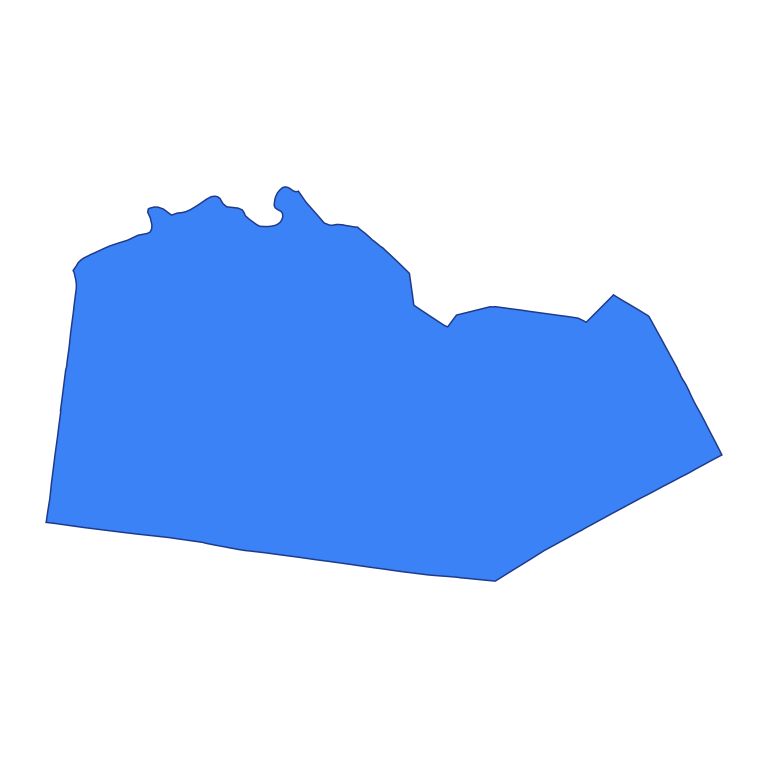 outline of Olari, Prahova, Romania
{"feature_id": "2599482B22841154857116", "entity_name": "Olari", "entity_type": "district", "adm_level": 2, "iso_a3": "ROU", "parent_name": "Romania", "parent_adm1": "Prahova", "projection": "mercator", "projection_center": [26.206, 44.79], "detail": "fine", "context": "isolated", "style": "filled", "palette": "blue", "viewbox_px": 768, "rotation_deg": 0, "n_neighbors": 0, "source": "geoboundaries", "source_scale": "gbopen_adm2", "svg_char_len": 3434}
<svg xmlns="http://www.w3.org/2000/svg" viewBox="0 0 768 768"><path d="M544.9,550.2L545.1,550.1L579.5,531.3L580.7,530.8L585.8,527.8L609.3,515.0L640.9,498.0L649.2,493.8L654.8,490.8L661.6,487.1L673.6,480.9L679.9,477.5L689.5,472.6L695.7,469.0L713.8,459.2L721.9,454.9L715.8,442.9L709.7,431.2L707.1,426.2L704.7,421.4L702.4,417.0L701.4,414.9L700.1,412.7L697.0,407.2L694.6,402.8L691.3,396.1L689.7,392.6L688.8,390.4L688.2,389.2L687.6,388.2L687.1,387.1L686.6,386.0L686.4,385.5L685.1,383.3L683.9,381.3L682.9,379.9L682.4,378.9L681.6,377.6L680.8,376.1L679.9,373.9L678.2,370.5L677.6,369.5L677.4,368.9L677.4,368.4L677.1,367.9L676.5,366.8L670.7,356.3L668.0,351.3L662.1,340.4L656.7,330.6L652.0,322.0L649.2,316.9L648.4,316.0L647.9,315.6L644.2,313.4L638.6,309.9L633.5,306.9L630.7,305.2L621.9,300.1L614.3,295.4L613.5,294.8L612.5,295.9L596.9,311.6L586.3,322.2L580.9,319.5L578.5,318.3L576.6,317.9L567.3,316.5L557.5,315.2L550.9,314.3L543.6,313.3L537.8,312.5L528.3,311.2L521.8,310.2L513.3,309.1L501.4,307.5L494.8,306.6L494.0,306.9L489.9,306.8L485.9,307.8L466.1,312.7L456.5,315.1L451.5,321.7L447.7,326.9L445.7,326.0L445.0,325.9L441.0,323.3L421.5,310.4L413.8,305.2L412.7,296.7L409.4,273.4L407.4,271.4L398.3,262.5L394.5,258.9L390.1,254.7L385.6,250.6L383.9,248.9L383.1,248.1L381.9,247.3L380.2,246.2L378.2,244.5L375.4,242.2L373.9,241.0L372.3,239.9L370.1,237.8L367.6,235.5L364.1,232.5L362.2,231.1L359.6,229.0L357.7,227.2L355.1,227.0L353.5,226.8L349.1,226.0L345.6,225.5L343.1,224.9L341.2,224.7L338.4,224.5L336.5,224.5L333.3,225.1L331.4,225.3L329.6,225.1L324.3,223.1L318.6,216.5L305.9,202.1L298.4,191.2L298.0,191.5L297.7,191.5L296.6,191.6L295.7,191.7L294.8,191.4L294.4,191.3L293.1,190.8L289.8,188.4L287.8,187.4L285.3,186.9L283.5,187.3L282.7,187.5L281.6,188.4L280.6,189.3L279.6,190.2L277.3,193.1L275.6,196.8L274.9,199.3L274.6,201.5L274.2,204.2L274.3,206.0L275.4,208.0L277.7,209.6L281.1,211.4L282.5,213.6L282.8,216.7L281.7,219.9L280.3,222.1L278.0,224.0L275.4,225.3L271.6,226.2L266.8,226.6L259.8,226.3L256.6,224.6L249.3,219.3L245.3,215.7L244.1,212.7L242.3,209.9L238.0,208.1L226.7,206.8L222.9,203.6L220.0,198.5L217.7,196.8L215.1,196.2L211.2,196.7L206.8,199.0L205.1,200.2L198.1,205.0L190.6,209.6L185.8,211.7L181.4,212.7L177.6,213.0L171.5,215.1L163.3,209.0L158.2,207.2L154.4,207.0L150.0,208.1L148.3,209.0L147.7,212.2L150.3,217.9L151.9,224.9L151.8,226.8L151.7,228.7L150.3,231.8L147.5,233.4L140.3,234.8L138.1,235.2L131.6,238.3L127.3,240.3L119.2,242.8L109.9,245.9L105.7,247.7L94.0,253.1L90.8,254.5L87.3,256.3L83.6,258.1L80.6,260.3L78.1,262.8L76.6,265.5L73.8,269.5L73.1,270.6L74.0,272.2L74.4,273.8L75.9,280.4L76.4,285.3L76.2,289.5L75.6,293.6L74.8,300.0L74.2,304.4L73.2,313.5L72.3,320.1L70.6,333.2L69.1,347.5L68.2,353.9L67.4,359.6L66.5,367.2L65.7,369.8L64.7,377.7L63.4,388.0L62.1,398.3L60.5,410.4L60.8,410.4L60.5,413.5L58.9,425.6L57.5,436.9L55.0,455.0L52.7,473.3L52.0,478.8L51.5,482.8L51.4,483.3L50.3,494.2L49.7,499.4L47.9,510.5L47.3,514.4L46.5,520.2L46.1,522.4L52.3,523.1L83.0,527.4L102.9,529.9L124.8,532.6L137.4,534.1L156.0,536.1L170.2,537.7L175.3,538.5L202.8,542.4L206.0,543.3L215.0,545.1L238.0,549.4L243.1,550.2L246.3,550.7L247.3,550.7L267.0,553.0L276.3,554.3L296.9,557.0L315.8,559.7L330.5,561.6L373.5,567.7L378.8,568.4L384.9,569.2L390.8,570.1L403.1,571.8L428.9,575.0L438.8,575.8L447.0,576.4L454.3,577.0L457.8,577.3L460.6,577.8L466.5,578.3L480.4,579.7L495.3,581.1L509.3,572.3L531.2,558.8L544.5,550.4L544.9,550.2Z" fill="#3b82f6" stroke="#1e3a8a" stroke-width="1.5"/></svg>